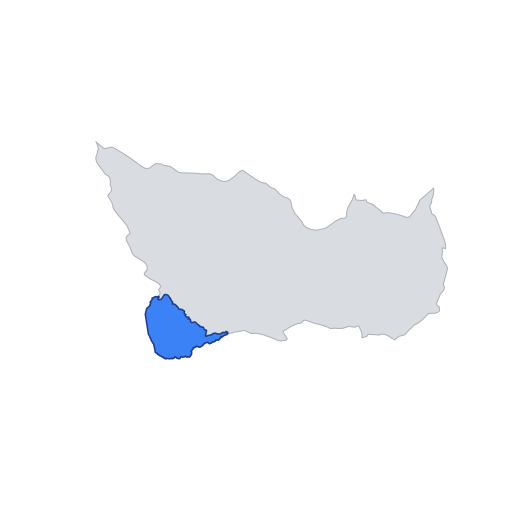 Birao, Vakaga, Central African Republic shown in context, rotated 202°
{"feature_id": "33826404B56670707739048", "entity_name": "Birao", "entity_type": "district", "adm_level": 2, "iso_a3": "CAF", "parent_name": "Central African Republic", "parent_adm1": "Vakaga", "projection": "mercator", "projection_center": [22.276, 9.995], "detail": "fine", "context": "in_parent", "style": "filled", "palette": "blue", "viewbox_px": 512, "rotation_deg": 202, "n_neighbors": 0, "source": "geoboundaries", "source_scale": "gbopen_adm2", "svg_char_len": 9176}
<svg xmlns="http://www.w3.org/2000/svg" viewBox="0 0 512 512"><g transform="rotate(202 256 256)"><path d="M348.1,195.6L352.4,196.7L353.1,198.1L351.9,202.4L352.8,205.2L355.2,207.5L357.7,208.5L360.1,209.0L368.3,210.4L371.7,212.0L376.3,217.2L381.9,221.8L383.3,224.3L383.1,226.5L381.4,229.3L381.6,230.4L384.2,233.1L387.2,235.9L392.7,239.0L402.2,243.9L406.5,247.1L408.0,249.6L410.4,252.3L413.8,254.7L416.1,256.6L414.5,261.9L415.0,263.7L415.8,265.2L417.8,267.3L418.6,270.0L420.6,273.3L422.9,274.9L426.8,275.4L428.9,277.0L433.2,279.7L437.3,282.0L439.1,283.6L440.2,285.0L441.1,286.6L441.6,288.3L441.7,291.9L442.4,296.4L444.6,299.4L446.7,301.7L438.2,299.1L437.0,299.0L435.5,299.5L431.0,302.7L429.6,303.1L424.0,302.4L410.5,299.9L400.2,297.4L397.0,296.5L391.5,295.7L387.8,297.4L384.4,303.1L383.4,304.2L378.0,305.9L375.4,305.4L369.2,307.0L359.5,304.6L356.0,305.1L353.3,306.3L346.4,308.9L342.2,310.3L337.3,311.7L332.6,313.7L329.5,314.9L326.4,314.8L323.7,313.7L320.6,312.7L317.0,312.5L313.3,313.1L310.1,315.3L308.8,317.0L306.0,321.3L302.7,328.3L301.4,329.7L300.2,330.4L285.1,326.9L278.6,326.1L274.2,327.2L268.7,325.2L266.3,324.9L265.2,325.5L262.1,324.6L257.1,322.2L252.3,321.2L248.1,321.6L245.4,320.8L243.3,318.4L240.6,314.2L235.7,309.9L229.1,306.6L225.0,304.0L223.3,302.3L219.8,301.3L214.4,301.2L209.1,302.8L201.6,308.1L194.7,319.0L190.8,323.1L187.7,324.2L186.9,326.8L188.5,331.0L188.9,335.8L187.8,343.9L188.2,349.8L186.5,348.8L184.9,346.1L184.2,345.5L179.6,346.8L177.2,347.9L175.9,349.0L175.0,349.2L173.5,347.6L172.4,347.4L170.5,347.6L168.7,347.6L167.5,347.4L166.7,347.6L164.5,346.7L156.6,344.4L155.3,343.6L153.7,343.7L149.6,345.7L147.4,346.2L140.9,347.5L133.9,348.1L131.2,348.1L129.4,349.0L128.2,350.2L126.0,357.7L125.4,359.0L125.5,360.9L124.9,366.9L125.2,368.8L116.8,385.4L115.4,382.6L114.6,379.4L114.2,375.7L114.4,374.7L113.9,373.6L113.2,370.6L113.8,368.6L113.3,366.6L111.7,364.6L110.2,363.0L109.3,361.6L108.6,361.0L107.0,360.8L104.8,360.1L95.5,350.4L85.8,339.5L83.8,336.0L83.0,333.9L85.4,333.7L86.0,333.3L86.0,332.4L84.6,329.6L83.9,326.0L82.7,323.8L78.9,320.5L75.3,318.0L74.1,316.7L73.5,314.8L72.1,303.0L71.5,299.6L70.3,298.2L69.5,297.5L69.2,296.7L69.3,294.6L69.8,292.7L69.8,291.9L70.8,290.3L70.8,279.4L69.6,277.9L67.4,277.8L66.3,276.2L65.3,274.2L65.6,272.8L67.7,270.6L69.1,269.7L73.2,268.0L74.4,267.1L75.1,266.0L75.6,264.6L78.0,258.9L81.5,253.3L83.0,252.2L86.6,243.9L87.5,241.8L88.1,239.7L89.2,238.0L93.2,235.2L96.1,230.3L99.3,230.5L102.6,231.3L106.9,231.7L110.2,230.7L112.3,228.8L122.6,225.5L123.3,222.9L124.9,221.5L126.8,220.3L127.5,220.1L127.6,221.0L128.7,223.7L131.1,226.5L134.5,229.5L135.5,229.3L137.6,227.0L142.9,225.6L144.3,225.0L148.1,221.7L152.6,219.6L155.3,218.8L159.9,216.6L163.2,216.9L168.5,216.6L177.2,215.5L183.6,215.2L186.8,214.8L187.6,214.3L188.9,211.1L189.8,210.3L192.2,208.9L196.9,204.1L199.9,200.1L200.9,198.6L201.5,198.3L202.8,196.6L201.5,194.9L196.3,191.3L196.4,190.8L196.1,190.2L196.3,189.7L198.3,188.2L201.0,186.5L203.9,185.9L211.4,186.1L217.8,185.7L219.3,185.8L224.3,184.9L227.7,184.2L231.2,182.4L239.1,182.6L245.7,178.2L247.6,177.4L248.4,176.7L248.7,176.1L251.8,174.3L255.2,170.7L258.0,167.4L258.7,165.1L266.2,157.3L268.8,157.5L270.1,156.5L273.0,151.3L274.0,150.4L277.0,149.5L278.5,147.9L279.8,145.6L279.8,142.8L279.2,140.5L279.2,139.4L279.9,138.4L281.1,137.4L286.8,134.6L288.2,133.2L289.1,132.0L290.7,131.8L292.4,131.9L293.5,131.1L294.8,129.9L298.7,128.1L302.4,126.8L306.2,127.4L313.1,129.1L315.2,132.8L316.2,134.1L324.8,142.9L326.4,145.0L330.7,151.4L333.3,155.7L336.2,161.9L336.5,165.2L336.1,168.1L335.5,176.3L334.8,178.6L331.0,183.0L330.8,185.0L331.6,186.6L332.8,187.3L333.5,188.1L333.0,191.9L334.4,193.4L337.2,194.4L344.3,195.0L348.1,195.6Z" fill="#d9dde1" stroke="#a8b0b8" stroke-width="1"/><path d="M331.3,182.1L331.5,181.8L331.7,181.6L331.7,181.2L332.0,181.0L332.3,181.0L332.9,181.0L333.5,181.0L333.7,180.9L334.0,180.7L334.5,180.1L335.1,179.6L335.5,178.8L335.7,178.6L336.2,178.3L336.4,178.2L336.4,177.9L336.1,176.8L336.0,176.5L336.0,176.3L336.1,176.1L336.3,175.5L336.6,174.9L336.8,174.0L336.8,173.4L336.7,173.2L336.3,173.3L336.1,173.3L335.9,173.1L335.9,172.4L336.0,171.8L336.0,171.2L335.9,170.9L335.6,170.6L335.7,170.1L336.5,168.9L336.7,168.4L337.3,167.1L337.6,166.6L337.7,166.4L337.5,165.1L336.9,160.6L326.3,142.9L325.5,142.5L324.8,142.0L324.7,141.9L324.5,141.6L324.5,141.4L324.3,141.2L324.1,141.0L323.7,140.7L323.2,140.4L322.9,140.0L322.3,139.5L322.1,139.3L321.7,138.6L321.2,138.3L319.9,137.3L319.7,137.1L319.2,136.8L318.4,136.3L318.2,136.1L317.6,135.8L317.5,135.7L317.0,134.6L316.6,134.0L316.0,133.3L315.7,132.8L315.0,131.7L314.7,131.2L314.5,130.9L314.0,130.2L313.7,129.5L313.6,129.4L313.6,129.2L313.0,128.9L312.1,128.7L311.5,128.7L311.4,128.8L310.9,128.7L310.7,128.6L310.4,128.0L310.1,128.1L309.4,127.9L309.0,127.8L308.9,127.9L308.5,127.9L308.1,127.6L307.9,127.6L307.7,127.6L307.4,127.7L307.0,127.7L305.9,127.4L305.7,127.2L305.3,127.2L305.1,127.3L304.9,127.4L304.4,127.4L304.3,127.5L303.9,127.5L303.6,127.4L303.4,127.4L303.1,126.9L302.9,126.8L302.6,127.0L302.4,127.1L302.1,126.9L301.7,126.7L301.4,126.7L301.2,126.8L300.7,127.0L300.4,127.3L300.0,127.8L299.8,127.9L299.2,127.9L298.7,128.0L298.4,128.1L298.2,128.3L297.6,128.3L297.3,128.4L297.0,128.7L296.8,128.9L296.3,129.1L296.2,129.2L296.2,129.3L296.0,129.5L295.8,129.6L295.2,129.3L294.8,129.5L294.6,130.1L294.1,130.3L293.8,130.6L293.7,130.7L293.6,131.4L293.6,131.6L293.4,131.8L293.3,132.1L293.2,132.2L293.0,132.3L292.8,132.2L292.4,132.0L292.2,132.0L291.7,132.0L291.6,131.9L291.2,131.7L290.8,131.6L290.3,131.7L289.7,131.7L289.2,131.8L288.6,132.1L288.3,132.4L288.1,132.7L288.0,133.0L288.0,133.6L288.1,133.9L288.0,134.5L287.7,134.8L286.8,134.7L286.4,134.7L286.2,134.8L285.9,135.0L285.4,135.1L285.1,135.3L284.8,135.5L284.5,136.1L284.4,136.2L284.1,136.3L283.6,136.7L283.3,136.7L282.9,136.4L282.6,136.3L282.4,136.3L281.9,136.5L281.5,136.6L281.4,136.7L281.2,137.1L280.9,137.2L280.4,137.3L279.9,137.4L279.7,137.4L279.6,137.5L279.5,138.8L279.2,139.3L279.1,139.7L279.1,140.2L279.0,140.8L279.1,141.2L279.2,141.9L279.5,142.4L279.7,142.8L280.0,142.9L280.2,143.2L280.2,143.3L280.2,143.7L280.2,143.9L280.4,144.3L280.2,144.9L279.9,145.2L279.7,145.7L279.7,146.1L279.6,146.3L279.5,146.5L279.4,146.9L279.7,147.5L279.5,147.9L278.7,148.1L278.5,148.6L278.3,148.9L278.2,149.3L278.2,149.5L277.5,149.6L277.2,149.9L276.9,150.0L276.5,150.2L276.3,150.2L276.2,150.3L275.8,150.2L275.5,150.3L275.3,150.3L275.0,150.2L274.7,150.2L274.3,150.2L274.2,150.3L273.9,150.4L273.4,151.1L273.1,151.3L272.8,151.8L272.4,152.2L272.2,152.5L272.1,152.8L271.8,153.1L271.8,153.3L271.8,153.6L271.8,154.0L271.7,154.2L271.5,154.4L271.4,154.7L271.4,155.1L271.1,155.5L270.9,155.6L270.6,155.9L270.5,156.1L270.4,156.4L270.2,156.6L270.0,156.8L269.8,157.0L269.7,157.1L269.4,157.4L269.2,157.4L269.1,157.5L268.9,157.7L268.7,157.7L268.5,157.8L268.3,157.8L268.0,157.7L267.9,157.6L267.6,157.5L267.1,157.5L267.0,157.4L266.6,157.2L266.4,157.2L266.1,157.3L265.6,158.0L265.0,158.3L264.9,158.5L264.7,159.0L264.4,159.3L264.2,159.6L264.2,159.9L264.1,160.1L263.3,160.3L263.2,160.4L263.0,160.6L262.8,160.9L262.6,161.0L262.3,161.3L262.2,161.4L262.1,161.6L261.8,161.9L261.8,162.3L261.8,162.5L261.7,162.7L261.6,163.1L261.6,163.3L260.9,163.6L260.7,163.8L260.4,164.0L260.1,163.9L260.0,163.7L259.8,163.6L259.7,163.6L259.4,163.9L259.2,164.1L259.0,164.3L258.9,164.4L258.8,164.6L259.0,165.0L258.9,165.2L258.9,165.3L258.5,165.6L258.4,165.9L258.3,166.1L258.2,166.3L258.4,166.5L258.2,166.9L258.2,167.1L258.3,167.3L258.4,167.5L258.2,167.6L257.7,167.7L257.8,167.8L258.0,168.2L258.0,168.3L257.9,168.4L257.7,168.4L257.3,168.3L257.2,168.4L257.1,168.5L257.1,168.8L256.5,169.1L256.4,169.4L256.2,169.8L256.0,170.1L255.8,170.2L255.4,170.9L255.3,171.0L255.0,171.1L254.6,171.3L254.3,171.9L254.1,172.0L253.9,172.1L253.7,172.2L253.3,172.8L253.4,173.0L253.5,173.1L253.4,173.1L253.4,173.5L253.5,173.6L253.2,174.0L253.7,174.7L255.1,174.9L255.5,174.7L255.8,174.2L256.2,173.4L257.0,172.9L257.9,172.9L258.7,172.2L259.6,170.6L260.8,169.9L261.6,169.6L262.7,169.5L263.2,169.2L264.3,169.4L265.3,169.0L266.2,168.5L267.1,167.7L267.5,166.4L268.0,166.2L268.5,165.9L268.9,165.4L270.9,164.3L271.4,163.7L271.7,163.0L273.1,163.1L273.3,164.2L273.2,164.8L273.3,165.4L273.7,166.7L273.7,167.7L273.9,168.3L274.2,168.6L275.0,168.5L275.9,168.3L276.6,168.5L277.2,169.5L278.1,170.2L278.4,170.0L279.4,169.8L279.9,170.0L280.6,169.9L281.5,169.5L282.2,170.3L283.0,170.1L283.6,170.7L285.0,170.9L285.7,171.3L286.4,171.5L288.0,172.0L289.7,170.8L290.7,170.3L291.6,170.3L292.0,170.6L292.5,171.2L292.4,171.7L292.6,172.1L293.6,172.8L294.2,172.9L294.6,172.5L295.1,172.3L294.9,173.5L295.2,174.0L296.5,173.9L297.4,173.2L299.4,174.3L299.1,175.4L299.9,175.5L300.8,175.8L301.3,176.1L301.3,176.6L301.4,177.4L301.7,178.1L302.1,178.3L302.8,178.3L303.7,178.4L304.4,178.7L304.9,178.7L307.4,177.8L308.8,178.9L309.5,179.5L310.7,179.7L311.1,180.2L313.2,180.8L314.1,180.7L314.7,180.6L315.2,180.2L315.5,180.2L315.8,180.7L315.9,181.4L316.1,182.2L317.1,182.5L318.4,183.5L319.5,184.7L320.3,185.0L321.9,186.0L323.0,186.7L325.2,186.6L326.4,185.8L326.8,184.5L327.1,182.4L327.6,180.6L328.2,179.9L329.0,179.3L330.2,179.2L330.8,179.3L330.6,180.1L330.4,181.1L330.6,181.6L330.8,182.0L331.3,182.1Z" fill="#3b82f6" stroke="#1e3a8a" stroke-width="1.5"/></g></svg>